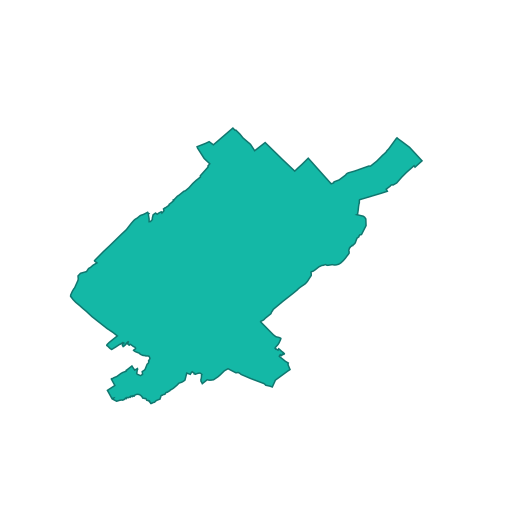 outline of Radesti, Galati, Romania, rotated 246°
{"feature_id": "2599482B86347872402949", "entity_name": "Radesti", "entity_type": "district", "adm_level": 2, "iso_a3": "ROU", "parent_name": "Romania", "parent_adm1": "Galati", "projection": "mercator", "projection_center": [27.788, 46.057], "detail": "fine", "context": "isolated", "style": "filled", "palette": "teal", "viewbox_px": 512, "rotation_deg": 246, "n_neighbors": 0, "source": "geoboundaries", "source_scale": "gbopen_adm2", "svg_char_len": 6000}
<svg xmlns="http://www.w3.org/2000/svg" viewBox="0 0 512 512"><g transform="rotate(246 256 256)"><path d="M306.6,432.9L306.3,432.0L299.8,420.7L299.0,418.6L297.9,416.9L296.5,412.5L293.5,404.8L291.5,397.1L292.3,395.7L293.5,380.4L294.4,374.2L294.4,373.0L294.1,371.8L293.5,370.8L291.7,362.9L292.0,357.4L291.2,356.6L291.4,354.0L324.1,343.5L320.9,335.0L319.4,330.4L317.8,325.9L334.2,319.1L355.9,310.5L352.7,297.6L360.2,296.4L361.8,295.7L362.9,295.1L369.3,292.1L373.9,290.9L379.2,288.8L379.3,288.0L382.3,286.9L374.9,262.3L379.5,259.7L379.4,255.9L379.8,246.6L378.3,246.5L366.2,248.3L359.0,251.3L357.8,248.7L356.8,248.5L352.0,237.8L350.8,237.4L349.4,232.0L347.9,227.6L345.6,222.5L344.3,218.0L344.5,216.4L342.9,210.6L342.6,208.5L340.9,204.4L340.8,203.1L340.0,203.3L338.8,199.0L338.5,197.6L337.7,197.1L336.8,192.5L337.0,192.3L336.6,190.6L334.8,190.4L333.5,187.5L334.9,187.4L334.8,184.8L334.3,182.7L336.1,181.7L335.5,178.8L332.7,176.6L331.5,176.2L330.4,173.6L330.8,172.3L333.3,173.4L338.0,174.6L338.3,175.4L338.8,174.9L340.0,174.8L339.8,171.3L339.8,169.4L340.0,167.8L340.0,166.6L339.0,163.1L338.7,160.6L338.2,158.9L336.6,155.4L332.8,148.3L330.8,142.5L324.7,126.0L322.1,118.4L317.5,106.6L317.0,106.5L314.4,107.9L313.9,103.5L312.9,100.2L312.7,98.0L310.7,94.8L311.6,88.6L310.4,85.8L310.2,85.3L307.4,84.3L306.2,83.5L300.7,77.4L299.9,75.9L298.3,73.7L295.8,70.9L294.6,70.2L293.7,70.4L293.8,70.5L290.8,71.1L286.9,72.5L282.7,74.6L278.5,76.5L274.4,78.5L267.3,81.5L250.2,90.5L244.4,94.2L239.4,96.8L236.8,86.9L236.0,84.8L235.6,83.8L235.2,83.4L234.9,83.3L233.7,84.0L231.5,84.8L230.5,85.3L229.3,86.1L229.9,90.8L230.7,95.4L230.6,96.5L231.1,99.2L230.2,99.9L229.6,98.0L229.1,97.9L228.7,97.6L227.3,97.8L227.5,98.5L227.4,98.9L227.7,99.2L227.9,99.7L227.8,99.9L227.9,100.5L229.1,102.4L229.9,104.9L229.1,104.1L228.4,102.7L228.0,102.7L227.5,103.4L227.1,103.7L226.6,103.9L226.4,103.7L226.1,103.9L226.4,105.1L226.3,105.5L223.3,107.1L221.9,108.3L220.8,108.5L220.5,108.4L220.2,108.1L219.9,106.3L219.7,105.8L218.9,106.1L217.8,106.8L214.4,110.1L213.5,110.2L211.3,112.1L211.0,112.8L210.6,113.1L210.5,113.3L210.3,114.1L209.8,114.3L209.6,114.6L209.2,115.3L209.1,115.8L208.1,117.4L206.6,117.6L205.4,117.4L203.9,115.2L203.5,115.4L201.9,114.1L201.4,112.5L197.7,108.7L197.4,108.3L197.1,107.4L196.9,106.3L196.7,105.0L194.1,104.3L193.8,103.0L193.7,101.8L196.1,99.6L196.7,99.3L197.4,99.3L198.0,99.8L200.0,101.0L200.5,101.7L201.4,101.9L201.1,98.8L204.0,98.2L206.0,97.9L204.4,91.5L204.4,91.0L204.2,90.8L203.8,90.9L203.7,90.8L203.6,90.0L203.8,86.7L203.6,84.7L202.5,79.8L202.6,78.0L202.6,76.6L202.4,75.0L202.7,74.3L202.5,73.8L195.1,74.4L193.7,65.6L184.4,66.4L184.1,68.2L183.4,66.9L180.0,69.6L179.6,72.9L179.0,75.0L178.6,75.4L178.5,75.7L178.5,76.2L178.7,76.9L178.5,77.3L178.8,78.0L179.1,78.6L179.2,79.1L178.5,79.2L178.4,79.5L179.1,80.3L179.3,80.7L178.5,81.5L178.6,81.9L178.4,82.4L178.7,83.4L178.7,83.6L178.2,83.9L178.9,84.5L178.9,84.9L178.4,85.1L178.3,85.6L177.9,85.7L177.8,85.9L177.9,86.1L178.4,86.4L178.5,86.9L178.4,87.0L178.1,86.9L177.8,87.1L177.6,87.4L177.5,87.7L177.9,88.3L178.2,88.9L178.2,89.6L178.2,90.3L177.9,91.5L176.9,93.0L175.7,93.9L173.9,94.6L172.3,94.7L172.0,95.1L171.7,95.7L171.1,96.2L170.9,96.9L170.7,97.3L170.4,97.4L168.7,97.5L168.1,98.1L167.9,98.6L167.7,98.8L167.7,99.0L167.4,99.2L167.2,99.5L166.7,99.3L166.5,99.7L165.8,99.5L165.4,99.9L164.8,99.9L164.2,99.8L163.9,100.0L163.8,101.2L164.0,101.5L164.0,101.9L163.7,103.8L163.9,104.5L164.2,105.1L164.4,105.9L164.5,107.2L164.3,110.1L165.0,110.6L165.5,111.2L166.8,112.2L167.0,112.7L167.1,113.4L166.9,113.7L167.0,114.3L167.1,115.2L166.8,116.0L166.8,116.4L166.9,116.7L166.9,117.0L167.7,117.9L167.8,118.2L167.9,118.6L167.6,119.4L167.6,119.9L167.7,120.1L168.0,122.6L168.6,123.5L168.4,124.2L168.8,126.8L170.1,131.2L171.2,133.9L170.9,136.9L171.1,138.7L171.5,140.6L177.2,145.1L174.6,147.9L175.5,148.9L175.5,149.3L176.2,150.4L176.2,150.8L174.9,151.3L173.9,152.1L173.5,151.6L172.6,152.5L172.6,153.4L172.5,154.8L172.3,155.8L172.1,156.6L171.5,157.6L169.8,158.4L168.9,157.5L167.9,157.1L166.3,156.1L165.7,155.5L164.8,155.1L164.1,154.8L161.9,155.0L161.2,155.0L162.8,161.1L161.6,162.7L160.9,164.4L160.2,166.9L161.1,172.1L161.9,174.8L164.0,180.5L164.4,184.6L157.5,190.1L157.0,191.6L157.0,192.2L155.4,193.5L153.9,194.2L146.2,201.3L136.2,211.4L135.1,212.0L134.0,212.3L131.5,215.7L129.7,217.6L134.1,222.6L134.5,222.8L134.8,223.6L138.0,238.4L138.4,240.9L142.9,241.0L144.4,241.3L145.1,242.0L147.7,240.1L154.7,236.5L155.0,237.1L155.4,237.0L156.0,238.1L154.6,238.8L155.0,239.9L155.3,239.8L155.5,240.2L155.6,240.7L155.0,240.9L154.8,241.3L155.1,242.1L155.3,242.2L157.0,241.5L158.3,240.7L160.7,239.7L162.0,239.0L161.0,237.8L163.0,236.5L162.9,236.2L164.1,235.9L164.7,236.8L166.2,240.1L167.1,241.5L169.6,244.4L170.6,245.2L170.9,245.1L172.2,243.9L174.1,241.4L177.0,239.8L194.0,233.4L194.4,234.1L194.4,236.0L194.6,237.3L195.4,239.2L197.2,246.1L198.5,247.5L198.9,248.0L199.2,248.8L200.2,250.0L203.7,262.3L206.7,274.3L208.3,280.1L208.9,281.4L209.5,283.8L210.6,289.8L211.8,292.5L214.5,296.6L215.7,298.5L217.2,299.2L218.8,299.6L219.0,299.9L219.1,300.2L218.9,302.0L219.3,304.4L220.5,309.0L220.6,312.5L220.2,313.3L219.9,316.1L219.0,316.7L218.3,317.7L217.1,322.2L215.9,323.9L215.3,325.5L214.9,327.8L214.9,328.6L215.2,330.7L216.3,333.9L217.7,336.9L218.7,338.6L219.8,340.7L220.7,342.2L222.0,342.8L223.4,343.0L225.4,344.8L225.4,345.2L225.7,345.3L225.7,345.8L226.0,346.3L226.1,346.6L226.2,347.6L226.4,347.9L226.3,348.2L226.5,348.2L226.4,348.6L226.5,348.9L226.5,349.5L226.8,350.0L227.0,350.6L227.0,350.9L227.7,352.1L228.2,352.6L229.2,353.5L231.2,355.5L231.7,357.8L232.7,358.6L233.1,359.5L232.9,359.9L232.7,361.1L239.0,368.9L245.2,371.4L247.3,371.0L248.8,370.1L252.7,365.0L252.7,365.3L253.1,365.9L256.0,367.8L259.8,370.0L261.6,371.2L262.5,372.0L264.5,372.9L265.3,373.5L262.4,395.8L261.7,402.3L264.1,402.1L265.2,406.9L265.8,408.1L265.8,409.3L265.1,410.0L265.5,414.2L268.8,421.3L271.1,427.3L274.2,437.1L272.5,437.4L275.4,446.4L292.8,440.5L301.6,435.6L305.0,433.6L306.6,432.9Z" fill="#14b8a6" stroke="#0f766e" stroke-width="1.5"/></g></svg>